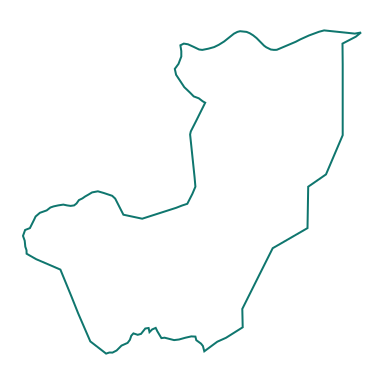 the district of Luzilândia, Piauí, Brazil
{"feature_id": "56859067B92615603488319", "entity_name": "Luzilândia", "entity_type": "district", "adm_level": 2, "iso_a3": "BRA", "parent_name": "Brazil", "parent_adm1": "Piauí", "projection": "mercator", "projection_center": [-42.399, -3.602], "detail": "fine", "context": "isolated", "style": "outline", "palette": "teal", "viewbox_px": 384, "rotation_deg": 0, "n_neighbors": 0, "source": "geoboundaries", "source_scale": "gbopen_adm2", "svg_char_len": 1635}
<svg xmlns="http://www.w3.org/2000/svg" viewBox="0 0 384 384"><path d="M295.7,41.8L276.8,49.8L274.0,49.9L270.8,49.5L266.3,47.3L264.1,45.7L256.6,38.1L253.1,35.3L249.7,33.2L246.6,31.9L240.1,31.2L237.4,31.9L233.9,33.7L224.1,41.5L218.8,44.8L214.1,47.1L208.3,48.7L202.3,49.9L199.1,49.5L193.7,46.9L188.0,44.3L183.8,43.6L180.4,45.3L181.3,51.1L181.3,56.5L178.5,63.9L174.8,68.9L176.1,74.8L184.3,87.2L190.0,92.6L193.7,96.4L198.8,98.3L202.7,101.3L205.2,102.7L195.9,121.4L190.8,131.4L190.1,134.5L194.6,177.5L195.4,186.7L192.4,193.8L187.3,203.8L182.1,205.5L176.2,207.8L142.2,218.7L123.4,214.7L115.2,198.6L112.2,195.8L103.8,193.0L97.9,191.3L92.1,192.4L88.6,194.5L85.1,196.5L82.4,198.4L78.9,200.1L76.5,203.5L74.1,205.4L70.6,205.9L67.1,205.4L63.3,204.6L58.2,205.4L53.6,206.4L50.4,207.5L46.7,210.4L39.9,212.8L35.6,216.5L34.1,219.7L29.9,228.1L25.1,230.0L23.0,235.9L24.7,240.7L25.3,246.7L26.5,250.2L26.6,253.7L29.7,255.5L36.2,259.2L60.4,269.6L71.6,296.9L78.1,313.2L79.3,316.0L90.3,341.4L106.1,353.6L109.4,352.5L112.5,352.6L116.6,350.5L121.5,345.6L127.6,342.9L129.9,339.8L131.3,335.7L133.4,333.4L137.7,334.8L141.0,333.9L145.3,328.5L148.6,328.0L149.5,332.1L152.2,329.4L155.7,327.9L157.3,331.2L161.4,338.1L164.6,337.7L174.1,340.1L179.0,339.5L185.5,337.7L191.3,336.4L195.4,336.6L196.3,340.2L201.0,343.6L202.9,346.0L204.3,351.3L213.9,344.2L217.3,341.7L226.0,337.8L242.7,327.3L242.3,308.9L257.5,278.5L259.3,274.9L272.7,248.2L307.5,228.1L308.2,186.7L326.0,174.4L342.7,135.2L342.7,99.6L342.7,86.2L342.7,64.4L342.5,43.6L355.8,36.7L361.0,32.5L354.8,33.6L324.1,30.4L318.9,31.8L308.9,35.5L300.3,39.4L295.7,41.8Z" fill="none" stroke="#0f766e" stroke-width="2"/></svg>